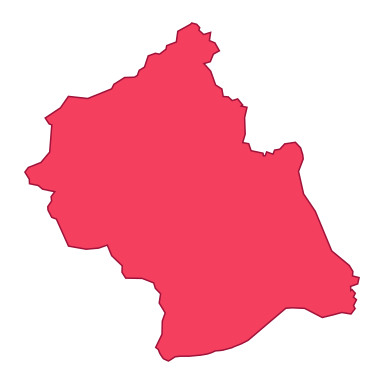 Bitola, Bitola, North Macedonia
{"feature_id": "65306769B29228652763838", "entity_name": "Bitola", "entity_type": "district", "adm_level": 2, "iso_a3": "MKD", "parent_name": "North Macedonia", "parent_adm1": "Bitola", "projection": "robinson", "projection_center": [21.305, 41.044], "detail": "fine", "context": "isolated", "style": "filled", "palette": "rose", "viewbox_px": 384, "rotation_deg": 0, "n_neighbors": 0, "source": "geoboundaries", "source_scale": "gbopen_adm2", "svg_char_len": 1813}
<svg xmlns="http://www.w3.org/2000/svg" viewBox="0 0 384 384"><path d="M295.4,142.3L284.7,143.9L279.8,149.2L274.6,150.1L273.0,154.2L266.7,151.9L265.1,155.8L263.4,155.8L263.0,153.2L251.1,150.7L248.7,143.7L242.7,142.6L245.2,134.1L244.6,117.7L247.0,107.3L241.2,106.1L242.6,105.0L237.7,98.9L232.2,100.6L228.3,96.9L223.2,96.5L221.9,89.0L215.6,85.0L210.7,71.2L203.9,63.6L210.3,61.7L213.4,54.1L219.4,50.8L214.9,42.9L209.4,40.6L210.6,32.4L203.7,34.5L198.9,30.2L199.7,27.7L196.7,24.3L191.7,23.0L190.5,24.3L177.8,31.3L176.3,42.0L166.7,45.6L166.0,49.2L159.5,54.2L155.4,53.3L148.2,55.9L144.5,67.1L139.2,70.3L137.4,75.4L134.5,77.2L124.6,77.5L113.9,84.3L111.7,88.8L87.8,98.5L68.4,96.4L60.5,107.8L45.2,118.0L49.1,123.9L51.8,124.9L49.7,152.1L40.9,162.5L28.3,167.5L24.9,172.1L29.3,179.2L29.5,183.7L38.2,185.5L42.6,189.2L54.8,191.7L51.1,196.7L51.6,201.0L47.8,206.6L48.0,210.1L51.7,217.3L56.4,219.1L68.5,246.1L86.1,249.2L98.6,248.1L107.3,245.1L111.7,255.7L122.2,265.8L122.0,272.3L125.7,278.1L142.2,278.4L153.7,282.9L155.4,288.4L160.6,293.8L159.2,303.0L165.2,312.9L162.3,321.1L162.0,334.3L155.7,347.4L158.3,349.5L159.7,353.1L161.4,355.9L163.4,358.7L168.4,361.0L170.0,360.1L175.1,356.8L180.4,356.2L188.9,356.2L194.3,355.7L200.7,355.1L207.2,354.0L210.8,352.9L215.7,350.8L217.9,350.7L220.0,350.5L222.8,350.2L224.5,349.7L231.9,347.7L233.7,346.8L241.3,343.8L248.1,340.3L265.0,325.9L266.5,324.6L276.9,315.8L285.9,308.2L292.7,307.8L296.3,308.0L303.5,308.3L304.5,308.3L321.9,317.3L322.3,317.5L333.7,314.7L341.8,312.5L351.0,314.0L355.1,308.6L353.5,305.7L356.5,299.7L353.4,297.1L355.3,293.3L352.0,289.6L350.8,290.6L350.6,286.4L357.7,283.9L359.1,277.6L352.5,275.9L352.9,271.5L349.3,265.5L331.7,250.9L315.3,211.3L303.6,194.0L298.5,171.4L303.2,159.0L302.7,154.6L300.6,147.9L295.4,142.3Z" fill="#f43f5e" stroke="#9f1239" stroke-width="1.5"/></svg>